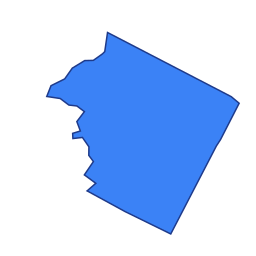 the district of Brown, Illinois, United States of America, rotated 207°
{"feature_id": "52423323B24893766187997", "entity_name": "Brown", "entity_type": "district", "adm_level": 2, "iso_a3": "USA", "parent_name": "United States of America", "parent_adm1": "Illinois", "projection": "equal_earth", "projection_center": [-90.654, 39.973], "detail": "fine", "context": "isolated", "style": "filled", "palette": "blue", "viewbox_px": 256, "rotation_deg": 207, "n_neighbors": 0, "source": "geoboundaries", "source_scale": "gbopen_adm2", "svg_char_len": 526}
<svg xmlns="http://www.w3.org/2000/svg" viewBox="0 0 256 256"><g transform="rotate(207 128 128)"><path d="M214.7,119.2L201.8,123.5L191.1,121.6L183.6,124.4L174.3,122.8L176.5,110.5L169.1,103.7L174.9,98.1L172.3,93.6L164.3,98.9L154.3,93.5L150.5,85.8L143.6,82.4L145.6,66.4L131.6,64.1L135.9,53.4L92.5,52.2L41.8,53.0L41.1,152.1L40.3,159.8L40.2,200.5L50.2,202.8L189.6,203.8L183.4,185.5L184.4,182.5L189.6,172.5L197.2,168.4L204.8,156.1L206.7,143.0L215.8,130.8L214.7,119.2Z" fill="#3b82f6" stroke="#1e3a8a" stroke-width="1.5"/></g></svg>